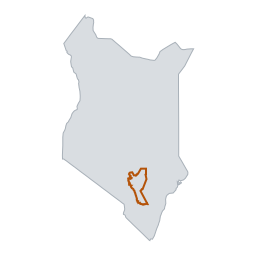 Kitui South, Eastern, Kenya shown in context
{"feature_id": "3690345B12410627224170", "entity_name": "Kitui South", "entity_type": "district", "adm_level": 2, "iso_a3": "KEN", "parent_name": "Kenya", "parent_adm1": "Eastern", "projection": "equal_earth", "projection_center": [38.343, -2.253], "detail": "fine", "context": "in_parent", "style": "outline", "palette": "amber", "viewbox_px": 256, "rotation_deg": 0, "n_neighbors": 0, "source": "geoboundaries", "source_scale": "gbopen_adm2", "svg_char_len": 6122}
<svg xmlns="http://www.w3.org/2000/svg" viewBox="0 0 256 256"><path d="M62.5,159.0L62.4,155.2L62.8,145.6L62.8,137.2L63.2,133.0L64.7,130.3L65.4,128.4L65.9,125.7L66.7,123.4L68.6,121.6L68.9,120.6L70.8,117.6L72.0,113.8L72.9,112.5L74.0,111.2L74.8,110.6L76.0,110.0L77.0,109.6L77.2,109.3L77.3,108.7L77.0,106.3L77.4,105.5L78.1,103.9L78.9,102.4L79.6,101.4L80.0,100.5L80.1,98.8L80.2,97.6L80.2,95.6L79.9,91.2L79.1,87.5L78.6,83.3L79.0,82.0L78.3,79.5L78.0,79.4L77.5,78.9L76.8,76.6L76.3,74.5L76.0,73.9L73.8,72.1L72.7,67.8L71.5,66.8L70.8,62.5L70.7,61.3L71.4,57.0L71.3,56.1L70.6,55.2L68.5,54.2L66.9,52.5L67.1,51.9L67.2,51.2L66.3,50.8L63.8,43.5L67.1,39.1L70.4,34.6L74.7,29.0L78.6,23.8L82.0,19.3L85.0,15.4L85.0,16.1L85.0,17.1L85.3,17.7L86.0,18.2L86.8,17.7L87.6,17.1L88.3,17.0L92.8,18.6L93.6,20.1L93.6,21.6L93.7,22.8L93.4,23.9L93.0,27.3L93.1,30.5L94.5,32.8L95.7,34.6L96.7,37.2L97.4,38.0L98.3,38.4L101.5,38.5L106.1,38.7L110.5,38.8L110.9,38.9L111.9,39.2L115.9,42.7L119.7,45.9L122.8,48.6L125.9,51.3L128.9,53.9L131.2,56.1L133.5,56.8L137.2,57.1L139.8,57.2L142.2,58.1L145.7,58.9L148.3,59.4L149.9,59.9L154.3,60.4L155.1,60.1L157.0,57.7L159.2,53.8L160.0,51.6L162.9,49.5L167.8,46.5L171.3,44.4L175.2,42.3L177.0,44.1L179.4,47.1L180.5,48.5L181.4,49.2L182.7,49.6L184.3,49.6L185.2,49.5L187.0,49.1L191.2,48.8L193.6,48.8L191.5,52.7L189.1,57.4L184.7,66.0L181.3,70.5L178.7,73.9L178.5,74.5L178.5,78.4L178.5,87.7L178.6,106.3L178.7,125.0L178.7,143.6L178.7,153.0L178.7,156.1L181.0,160.0L183.2,163.8L186.1,168.9L187.7,171.6L187.9,172.5L187.8,174.4L185.4,178.2L183.5,179.9L180.8,180.7L180.0,180.6L179.0,180.0L178.6,180.9L178.3,182.3L177.7,182.0L177.3,181.6L177.5,184.1L177.8,185.4L177.4,187.1L176.1,188.5L176.0,189.8L173.2,193.0L169.3,193.4L167.2,195.0L166.3,196.3L165.6,199.2L165.8,203.6L164.7,207.1L164.5,208.8L162.5,211.0L161.6,213.0L160.9,215.1L160.4,216.0L159.7,220.6L158.7,223.4L158.5,224.3L158.2,225.2L157.5,226.8L157.0,228.0L156.7,228.7L154.3,235.9L152.4,239.2L150.9,238.8L150.0,240.0L149.9,240.6L149.3,240.3L148.1,239.1L145.6,236.7L143.1,234.2L140.6,231.8L138.0,229.3L135.5,226.9L133.0,224.5L130.5,222.0L128.0,219.6L126.5,218.1L125.8,217.3L125.3,215.6L125.1,215.2L124.4,214.7L123.6,214.5L123.4,214.2L123.4,213.4L123.7,212.2L124.6,210.0L124.7,208.7L124.5,207.2L124.2,204.8L124.0,204.2L122.3,203.0L118.8,200.3L115.3,197.7L111.8,195.1L108.3,192.4L104.8,189.8L101.3,187.2L97.8,184.5L94.3,181.9L90.8,179.3L87.3,176.6L83.8,174.0L80.3,171.4L76.8,168.7L73.3,166.1L69.8,163.5L66.3,160.8L64.9,159.9L63.8,159.0L62.5,159.0ZM179.0,184.6L178.4,184.8L178.7,183.5L180.5,181.9L181.2,182.3L181.4,182.6L181.3,183.0L181.0,183.3L179.0,184.6Z" fill="#d9dde1" stroke="#a8b0b8" stroke-width="1"/><path d="M146.0,168.7L140.9,168.7L140.7,169.0L138.0,173.7L137.9,173.7L137.8,173.8L137.8,173.7L137.7,173.7L137.5,173.9L137.4,173.9L137.4,174.0L137.2,174.3L137.1,174.5L136.9,174.6L136.7,174.8L136.7,174.7L136.4,174.7L136.3,174.9L136.2,175.0L136.0,175.3L135.9,175.3L135.7,175.5L135.4,175.3L133.8,175.3L133.4,174.5L133.4,174.4L133.3,174.2L133.2,173.9L132.8,173.3L132.7,173.2L132.5,172.8L132.4,172.5L132.3,172.3L131.3,172.4L131.2,172.5L130.9,172.6L130.7,172.5L130.1,172.7L129.8,172.7L129.5,173.0L129.4,173.1L129.3,173.3L129.2,173.5L129.1,173.8L129.0,174.1L129.2,174.3L129.3,174.4L129.3,174.5L129.4,174.8L129.5,174.9L129.6,175.0L129.8,175.1L130.0,175.3L129.9,175.5L129.7,175.6L129.8,175.6L129.8,175.8L129.8,176.1L129.9,176.4L129.9,176.5L130.0,176.6L130.0,176.8L130.1,177.0L130.2,177.4L130.3,177.4L130.3,177.5L130.4,177.4L130.4,177.5L130.5,177.6L130.5,177.8L130.6,178.0L130.7,177.9L130.7,178.0L130.8,178.0L130.7,178.1L130.8,178.1L130.9,178.3L131.0,178.4L131.1,178.5L130.8,178.6L130.7,178.6L130.5,178.8L130.3,178.7L130.2,178.7L129.9,178.7L129.8,178.8L129.6,178.8L129.4,178.8L129.2,178.7L129.1,178.4L128.8,178.3L128.7,178.4L128.4,178.3L128.2,178.4L128.3,178.7L128.3,178.9L128.3,179.0L128.4,178.9L128.5,179.0L128.4,179.2L128.4,179.3L128.4,179.5L128.4,179.8L128.4,180.1L128.6,180.8L128.6,181.0L128.8,181.1L128.8,181.3L128.8,181.5L128.8,181.8L129.0,181.9L129.1,182.2L129.1,182.4L129.1,182.5L129.2,182.8L129.1,183.2L129.1,183.4L129.1,183.5L129.0,184.0L129.2,184.3L129.2,184.5L129.2,184.8L129.3,184.8L129.4,184.7L129.5,184.7L130.0,184.5L130.1,184.3L130.2,184.6L130.3,184.7L130.4,184.8L130.5,184.8L130.6,185.1L130.7,185.4L130.8,185.7L130.8,185.8L131.0,185.8L130.9,185.9L130.8,186.0L131.0,186.7L131.0,186.9L131.2,187.1L131.3,187.2L131.5,187.3L131.6,187.8L131.7,188.0L131.9,188.2L132.1,188.2L132.3,188.4L132.6,188.5L132.8,188.6L133.0,188.8L133.3,189.0L133.5,189.9L133.6,190.0L133.8,190.2L133.9,190.3L134.1,190.4L134.3,190.5L134.4,191.0L134.5,191.1L134.5,191.8L134.7,192.0L134.8,192.1L134.9,192.4L135.0,192.5L135.1,192.8L135.1,193.1L135.3,193.3L135.3,193.5L135.4,194.0L135.5,194.1L135.5,194.4L135.6,194.5L135.8,195.1L135.8,195.3L135.8,195.5L136.1,195.8L136.1,196.1L136.2,196.6L136.3,196.7L136.4,197.2L136.5,197.4L136.6,197.7L136.7,197.9L136.8,198.2L136.8,198.3L136.9,198.5L136.7,198.9L136.7,199.1L136.8,199.2L136.8,199.4L136.9,199.6L136.8,199.9L136.9,200.0L137.0,200.0L137.1,200.3L137.1,200.5L137.3,200.6L137.2,200.8L137.4,200.9L137.4,201.1L137.5,201.2L137.6,201.6L137.6,201.8L137.8,201.8L137.8,202.0L138.0,202.2L138.1,202.5L138.2,202.4L138.2,202.5L138.3,202.6L138.5,202.7L138.7,202.8L138.8,202.8L139.0,202.9L139.4,202.9L139.6,203.2L139.8,203.1L139.8,203.3L140.1,203.4L140.1,203.5L140.4,203.5L140.5,203.7L140.5,203.8L140.7,204.0L141.0,204.0L141.4,203.9L141.7,204.0L141.8,204.2L142.0,204.2L142.2,204.3L142.4,204.2L142.5,204.2L142.6,204.3L142.8,204.3L143.1,204.4L143.1,204.5L142.9,204.5L143.0,204.7L143.3,204.7L143.5,204.5L143.6,204.4L143.7,204.5L144.0,204.5L144.5,204.1L144.8,204.2L145.0,204.1L145.4,204.1L145.8,204.1L146.0,204.0L146.1,203.8L146.5,203.8L146.6,203.7L146.8,203.8L147.0,203.7L147.0,203.8L147.1,204.0L147.3,204.1L147.5,204.1L140.1,190.2L140.2,190.3L140.3,190.3L140.7,190.3L141.1,190.2L141.4,190.0L141.6,189.8L141.6,189.7L141.9,189.5L141.9,189.3L141.9,189.2L142.0,189.2L142.3,189.0L142.5,188.9L142.7,189.0L142.8,188.9L142.8,188.7L146.2,179.9L146.5,179.2L146.4,178.6L145.5,174.5L145.6,174.4L145.8,174.3L145.9,174.2L146.0,174.2L146.0,168.7Z" fill="none" stroke="#b45309" stroke-width="2"/></svg>